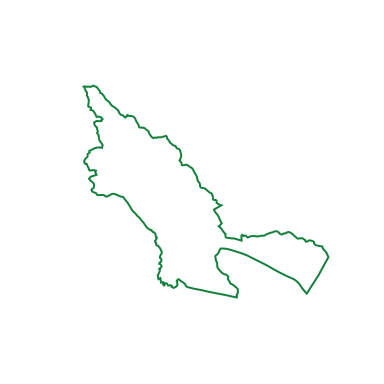 outline of Citlaltépetl, Veracruz, Mexico, rotated 150°
{"feature_id": "50627088B61699317845767", "entity_name": "Citlaltépetl", "entity_type": "district", "adm_level": 2, "iso_a3": "MEX", "parent_name": "Mexico", "parent_adm1": "Veracruz", "projection": "albers", "projection_center": [-97.89, 21.337], "detail": "fine", "context": "isolated", "style": "outline", "palette": "green", "viewbox_px": 384, "rotation_deg": 150, "n_neighbors": 0, "source": "geoboundaries", "source_scale": "gbopen_adm2", "svg_char_len": 6089}
<svg xmlns="http://www.w3.org/2000/svg" viewBox="0 0 384 384"><g transform="rotate(150 192 192)"><path d="M274.5,255.1L274.2,252.7L272.9,249.2L273.1,247.3L274.1,245.7L275.3,244.6L277.1,244.6L278.1,244.0L278.1,242.4L277.7,241.4L276.9,240.6L275.6,238.7L275.6,237.1L274.6,236.0L272.8,235.2L270.3,233.7L269.5,232.9L269.2,231.7L268.4,230.7L266.0,230.4L262.2,230.3L260.6,229.5L259.6,228.5L257.8,226.2L256.6,224.3L254.0,221.9L254.0,220.4L253.8,218.8L253.1,214.9L252.9,205.4L251.9,202.2L251.3,198.7L250.3,195.9L250.2,193.9L249.8,192.3L249.6,190.9L249.4,190.3L249.1,186.1L248.8,183.6L248.3,182.4L246.7,179.3L246.1,179.2L246.2,177.9L246.0,177.2L244.9,175.8L244.7,173.7L245.0,173.2L245.1,172.6L245.7,171.4L245.9,170.7L245.3,170.2L245.7,169.5L246.7,168.8L248.6,168.0L248.9,167.3L248.5,166.0L248.9,165.2L249.3,164.7L249.3,163.4L248.5,162.8L248.2,162.3L248.3,161.8L247.9,160.4L247.8,158.5L247.9,157.9L248.1,157.0L248.0,155.6L248.7,154.2L249.9,153.7L252.3,151.8L252.6,151.2L252.2,149.0L253.0,147.5L254.0,147.0L255.1,147.0L255.9,146.7L256.3,146.2L255.6,145.6L255.3,144.2L255.5,142.9L256.3,142.2L257.2,141.9L258.2,142.1L259.0,141.7L258.7,140.6L259.2,139.8L261.5,138.1L263.5,136.8L263.7,135.4L264.4,134.4L264.6,133.2L263.7,133.0L262.5,133.2L262.6,132.5L263.6,130.5L264.1,129.0L262.2,128.5L261.8,127.4L263.1,126.8L263.2,125.3L262.5,124.9L261.6,126.0L260.9,126.4L259.8,125.7L259.4,125.0L259.4,123.0L258.8,122.5L257.1,121.9L256.4,120.8L257.1,120.0L255.9,118.2L254.5,118.0L252.5,118.0L250.9,119.0L250.4,120.5L249.8,121.6L249.5,122.8L247.4,123.3L246.1,120.4L244.7,117.6L244.0,115.5L244.3,114.0L243.9,112.4L239.0,107.6L232.3,101.8L228.5,98.2L222.4,92.8L216.9,88.1L211.7,83.5L211.1,82.8L206.0,78.3L205.3,79.1L205.1,80.1L204.2,80.5L204.1,81.0L202.9,81.7L202.1,82.5L201.9,83.5L201.2,84.2L201.0,85.5L201.3,86.8L201.9,88.4L202.6,90.4L203.7,92.5L204.3,93.1L204.6,94.5L204.2,95.8L204.4,96.8L204.4,98.4L203.8,99.7L202.9,100.5L203.1,101.6L203.4,102.6L203.8,103.5L205.1,104.5L205.9,105.9L206.6,107.5L207.7,112.5L207.5,114.6L205.5,118.4L205.6,120.3L204.8,122.7L203.9,124.8L203.2,125.1L201.2,125.4L199.6,126.0L199.3,126.3L197.9,127.1L196.9,128.1L195.6,128.7L193.4,127.6L192.4,126.8L191.1,126.0L189.3,124.3L188.9,124.1L185.6,120.5L180.4,114.9L175.7,109.2L174.6,107.3L165.5,93.6L162.6,89.0L160.5,85.2L156.7,79.0L152.1,72.0L147.6,65.8L146.5,63.7L146.0,62.4L145.6,61.0L145.0,58.4L144.8,54.0L144.5,52.1L144.2,50.8L144.1,49.4L143.4,46.6L142.2,47.2L137.4,49.8L123.7,56.8L120.6,58.8L106.4,67.4L105.9,72.7L106.9,77.3L106.4,79.5L106.5,79.9L107.2,80.3L110.2,82.8L111.5,84.4L112.0,86.5L111.3,87.6L111.8,88.8L113.5,90.7L115.3,91.7L116.9,91.5L118.1,91.9L118.3,93.0L118.0,93.7L118.6,94.7L119.6,96.9L123.2,98.5L124.0,99.0L124.6,101.0L125.4,103.0L126.1,105.4L126.8,107.1L128.2,109.0L130.1,109.6L131.5,109.3L133.5,110.3L135.3,110.2L136.6,111.4L137.4,114.5L138.4,115.7L139.5,116.4L140.1,116.5L141.9,116.7L145.7,117.7L147.6,118.0L149.6,118.1L151.0,118.0L154.4,119.7L157.3,120.6L159.0,121.8L159.8,122.6L163.4,124.4L165.3,124.5L166.7,124.9L167.3,127.3L167.8,127.8L169.3,128.1L169.6,129.4L170.1,129.9L171.1,129.4L173.4,125.1L176.0,127.9L177.1,128.9L179.1,131.1L180.6,131.7L182.2,133.2L183.2,133.7L184.6,134.9L185.4,135.8L185.1,137.0L184.6,138.2L184.3,138.6L183.9,138.9L184.4,140.5L184.8,142.8L185.0,145.9L186.0,148.9L184.4,149.1L181.8,150.2L181.9,152.4L181.6,153.9L181.6,155.4L181.3,156.9L181.3,158.4L181.4,160.0L181.8,162.0L182.0,164.2L181.7,165.8L173.3,165.8L174.2,166.7L175.5,169.0L176.1,170.4L175.7,171.0L175.2,171.5L175.1,172.2L175.5,173.3L176.7,173.8L177.4,174.8L177.1,175.8L176.5,177.1L176.1,178.0L176.1,178.7L175.8,179.8L175.8,180.9L176.3,181.9L177.1,182.9L178.5,187.0L178.9,188.4L180.1,189.6L181.4,190.5L182.1,191.7L182.2,192.9L181.5,194.2L181.0,195.7L181.2,196.6L181.2,197.3L181.4,198.6L181.4,199.3L180.9,200.0L180.7,201.5L180.3,202.3L180.0,204.4L180.2,205.7L180.0,206.6L180.1,208.5L179.8,211.4L180.1,212.6L182.8,218.1L183.6,218.7L184.7,219.0L186.7,219.7L187.4,220.5L187.1,221.0L186.9,221.7L186.5,222.8L186.7,224.0L187.0,225.0L187.0,225.6L186.2,225.9L185.3,226.6L183.9,228.1L183.0,228.9L181.9,232.6L181.6,234.1L181.6,235.4L182.8,236.8L183.3,237.6L183.3,239.0L183.3,240.1L184.9,241.9L186.4,246.0L186.3,248.7L186.8,251.0L186.2,252.0L186.4,253.6L187.1,253.7L188.7,254.2L190.4,254.5L191.9,255.1L193.2,255.8L194.2,256.5L195.6,256.7L197.0,257.8L198.2,257.8L199.0,258.7L199.5,260.4L199.8,263.1L199.7,264.7L199.3,266.3L200.0,268.0L200.6,269.1L201.0,270.8L202.1,272.1L203.0,272.6L204.8,273.8L205.3,274.7L204.8,277.2L204.8,279.1L205.0,280.0L204.6,283.6L204.6,284.8L204.9,285.9L205.2,286.8L206.7,288.3L208.5,289.2L209.0,290.1L209.2,290.8L210.2,290.9L210.5,290.1L212.6,289.9L212.8,290.6L213.1,291.2L213.5,293.0L214.6,293.9L215.1,294.9L215.5,296.6L215.1,299.3L216.4,303.3L217.6,305.6L218.3,307.2L218.6,308.9L218.7,311.1L219.3,312.9L220.1,314.4L220.4,316.3L220.3,318.2L220.4,320.1L220.6,321.0L220.9,322.5L221.9,323.7L221.4,325.3L221.7,328.1L222.0,330.3L222.5,331.2L223.1,331.7L223.8,333.0L224.8,333.6L226.8,333.6L227.9,334.1L228.9,335.1L230.2,335.5L231.9,337.0L233.1,337.4L232.9,335.7L233.5,332.8L233.4,332.0L233.2,330.5L234.0,329.5L234.8,328.1L234.8,326.3L235.3,323.4L235.8,322.4L236.8,321.3L237.6,320.1L239.0,318.3L238.5,316.9L237.3,315.7L237.6,314.9L238.8,313.8L237.5,312.6L236.8,310.9L236.9,310.0L236.8,308.9L236.8,307.2L237.1,304.7L235.9,304.4L235.0,303.8L233.6,302.4L233.0,300.7L233.0,299.9L233.4,299.9L233.7,300.0L234.6,299.4L234.7,299.2L234.7,298.8L234.9,298.7L237.8,300.2L239.2,301.3L240.9,301.1L241.9,301.2L242.7,299.5L242.8,298.1L242.1,295.0L242.7,294.0L243.1,292.0L243.4,291.4L244.7,290.6L244.5,288.7L244.8,286.8L245.7,285.2L246.2,283.7L246.3,281.9L245.9,278.5L245.9,277.4L246.8,276.4L247.8,275.2L249.0,276.3L250.5,277.3L252.0,277.9L254.6,278.6L255.9,278.6L258.0,278.8L260.5,278.9L260.9,277.3L263.3,277.1L264.0,276.1L264.7,275.0L265.3,274.7L267.5,274.2L269.4,273.1L270.1,272.5L270.1,271.6L270.6,270.6L270.1,269.4L269.2,269.1L269.5,267.1L269.6,264.2L270.1,262.8L269.8,261.6L268.5,261.2L267.4,260.6L266.5,260.4L264.6,258.4L265.9,257.6L266.1,254.6L270.0,255.4L271.7,255.9L274.5,255.1Z" fill="none" stroke="#15803d" stroke-width="2"/></g></svg>